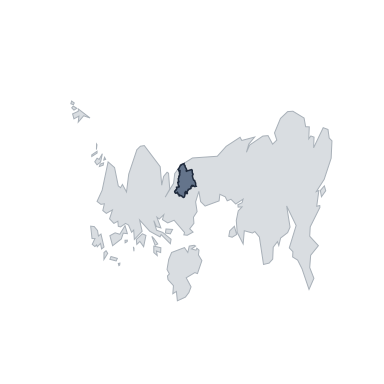 United Kingdom, with Scottish Borders highlighted, rotated 288°
{"feature_id": "GBR-2026", "entity_name": "Scottish Borders", "entity_type": "Unitary District", "adm_level": 1, "iso_a3": "GBR", "parent_name": "United Kingdom", "parent_adm1": "", "projection": "equal_earth", "projection_center": [-2.709, 55.532], "detail": "fine", "context": "in_parent", "style": "filled", "palette": "slate", "viewbox_px": 384, "rotation_deg": 288, "n_neighbors": 0, "source": "natural_earth", "source_scale": "10m", "svg_char_len": 6300}
<svg xmlns="http://www.w3.org/2000/svg" viewBox="0 0 384 384"><g transform="rotate(288 192 192)"><path d="M208.0,286.3L188.9,296.1L182.9,295.5L175.6,290.5L167.9,291.1L171.2,288.6L164.6,286.3L153.1,289.5L148.2,287.3L145.2,282.4L170.0,270.0L173.8,264.0L171.7,262.2L171.3,253.7L158.4,256.7L167.6,247.4L178.7,242.9L188.3,241.8L193.3,244.2L191.9,240.5L194.1,239.6L197.3,242.9L201.0,242.8L194.1,237.3L197.1,231.3L194.5,228.2L197.7,225.1L198.4,219.2L191.9,220.5L182.7,208.8L185.5,203.2L194.8,198.3L183.7,198.5L174.9,202.9L168.5,201.2L162.8,203.5L156.3,201.2L154.2,205.4L149.4,200.9L148.7,197.5L151.2,197.4L159.6,183.7L155.1,178.5L156.6,172.4L161.7,172.2L156.2,169.2L157.2,166.4L148.2,173.5L148.1,168.9L153.0,164.5L144.7,170.1L144.5,176.6L140.6,186.7L136.1,187.4L142.0,175.8L139.4,175.5L141.6,164.0L149.2,150.8L139.2,156.7L129.1,151.8L137.8,148.3L135.0,147.0L140.9,141.9L141.6,138.5L136.7,134.8L136.6,132.5L141.3,130.5L138.0,127.4L141.0,121.9L150.4,121.9L145.2,117.1L146.8,112.9L153.7,112.3L152.1,109.2L153.7,104.6L165.9,106.0L194.7,102.9L191.3,110.8L175.0,120.0L174.0,122.7L177.7,123.5L171.8,129.7L189.5,126.3L215.2,126.5L219.6,128.8L221.4,132.3L206.3,153.9L189.1,161.1L198.1,160.2L203.1,162.2L202.6,163.9L187.9,169.9L178.8,168.1L194.6,171.8L204.2,169.9L213.9,173.1L224.5,181.9L233.8,205.0L246.0,210.4L258.9,220.8L256.4,223.4L263.6,234.6L255.1,231.2L246.6,231.5L254.6,232.4L267.1,242.1L269.1,246.9L262.4,253.9L267.6,256.6L273.7,252.2L289.3,253.4L298.0,258.1L300.0,263.0L297.0,275.7L289.2,279.9L290.2,283.4L278.7,286.6L282.0,287.7L281.9,291.1L271.6,294.0L293.7,296.9L293.5,302.0L285.7,305.8L283.9,309.3L267.1,313.9L244.9,313.8L230.8,310.1L232.6,312.2L217.0,315.0L218.6,317.7L216.9,318.4L195.4,315.2L186.3,317.6L180.0,328.8L168.5,324.4L156.5,327.3L147.6,334.6L135.5,333.4L152.9,320.4L159.9,313.5L161.3,307.8L166.4,306.4L168.9,301.8L192.3,301.4L208.0,286.3ZM129.8,222.6L116.1,222.4L116.2,219.6L108.6,213.0L101.5,220.4L95.4,220.1L90.0,218.2L84.0,211.7L92.6,207.9L89.3,205.2L97.2,203.3L101.2,196.3L104.6,194.6L107.1,195.8L110.6,192.2L120.8,190.7L128.2,191.3L136.8,202.0L133.2,206.7L139.7,206.1L142.0,210.5L141.7,212.1L137.7,209.1L137.9,213.7L140.0,214.0L138.9,216.6L134.1,217.6L129.8,222.6ZM128.9,109.7L126.1,114.1L121.2,116.6L123.9,118.4L112.5,125.3L109.9,123.6L114.8,120.9L110.6,118.8L112.2,117.6L110.1,116.5L111.4,113.3L117.7,114.1L116.8,111.3L128.2,106.2L128.9,109.7ZM129.4,131.5L129.5,136.4L139.3,138.7L132.4,143.4L131.6,139.3L125.5,139.3L116.4,133.1L125.1,127.4L129.4,131.5ZM229.4,54.3L233.6,58.9L235.8,58.3L230.9,72.1L231.0,65.4L223.3,62.2L229.2,61.0L225.1,57.1L229.4,54.3ZM136.5,161.6L125.0,162.9L128.9,157.7L125.1,155.7L129.7,153.7L136.9,157.7L136.5,161.6ZM166.7,239.9L172.5,242.9L165.4,247.6L161.4,244.2L161.2,240.7L166.7,239.9ZM128.7,172.4L129.4,179.6L124.7,180.9L124.9,176.4L120.8,178.6L122.6,174.4L128.7,172.4ZM194.8,91.3L194.3,93.6L200.7,94.9L192.3,95.8L188.5,93.3L190.7,90.2L194.8,91.3ZM150.4,185.1L145.5,184.3L144.8,179.4L148.8,178.7L150.4,185.1ZM238.7,316.0L234.5,318.8L227.5,316.6L233.1,313.6L238.7,316.0ZM132.0,175.5L129.9,173.4L137.4,167.5L135.8,170.4L132.0,175.5ZM107.2,127.0L109.6,128.4L107.6,130.8L100.6,129.1L107.2,127.0ZM105.8,141.5L103.0,141.2L102.6,134.7L105.6,134.9L105.8,141.5ZM236.0,56.6L233.4,54.4L234.9,51.6L237.0,52.5L236.0,56.6ZM201.4,89.1L199.7,89.7L194.8,85.7L196.3,85.2L201.4,89.1ZM192.4,98.9L190.0,99.2L187.6,96.0L190.2,96.1L192.4,98.9ZM241.3,49.4L240.3,52.5L238.4,52.2L238.5,49.5L241.3,49.4ZM207.6,87.0L202.8,88.0L208.1,86.4L207.6,87.0ZM126.2,145.4L124.8,145.7L123.0,144.1L125.4,143.2L126.2,145.4ZM198.0,98.1L196.3,99.8L195.1,98.2L198.0,98.1ZM120.6,154.2L117.7,155.1L121.7,153.2L120.6,154.2ZM102.1,145.4L100.2,145.8L99.4,145.2L101.3,144.0L102.1,145.4Z" fill="#d9dde1" stroke="#a8b0b8" stroke-width="1"/><path d="M216.6,175.7L215.6,176.0L215.4,176.1L215.3,176.3L215.2,176.7L215.2,176.8L215.1,177.0L214.6,177.4L214.1,177.5L213.8,177.8L213.6,177.9L213.5,178.0L213.4,178.1L213.3,178.3L213.2,178.4L212.0,179.7L211.9,179.8L211.6,179.9L211.3,179.9L210.5,179.9L210.2,180.0L210.0,180.3L210.0,180.5L210.5,180.7L210.6,180.8L210.7,181.0L210.8,181.2L211.0,181.3L211.1,181.5L211.2,181.8L211.6,182.5L211.9,182.9L212.2,183.2L212.4,183.5L212.5,183.6L212.5,183.8L212.5,184.0L213.0,184.5L213.2,184.8L213.1,185.0L212.8,185.3L212.6,185.5L212.1,185.8L211.9,185.8L211.2,185.9L211.0,186.1L210.7,186.3L210.1,186.5L209.8,186.8L209.7,186.9L209.7,187.1L209.6,187.3L209.4,187.4L209.0,187.6L208.8,187.6L208.6,187.6L208.4,187.4L208.2,187.4L207.9,187.3L207.4,187.4L207.2,187.5L205.2,188.7L204.1,189.7L203.8,189.9L203.7,190.0L203.7,190.3L203.8,190.5L203.7,190.9L203.7,191.0L203.3,191.2L202.9,191.4L202.4,192.0L202.1,192.3L201.6,192.6L201.1,192.9L200.1,193.2L199.7,193.3L199.4,193.5L198.8,194.1L198.6,193.4L198.1,193.2L198.0,192.9L198.1,191.7L198.5,191.3L198.5,190.9L198.4,190.8L197.8,190.7L197.6,190.6L197.8,190.3L198.3,190.1L198.2,189.8L197.9,189.7L197.2,189.6L196.8,189.4L196.2,189.6L195.6,189.9L195.3,189.7L194.9,189.8L194.6,189.6L194.6,189.3L194.4,188.9L193.5,188.3L193.5,187.9L193.4,187.7L192.8,187.6L192.1,187.8L191.7,187.4L191.1,187.2L190.0,187.6L189.5,188.0L189.1,187.9L188.9,187.8L189.1,187.5L189.1,186.8L189.5,186.4L190.4,185.9L190.4,185.7L190.2,185.7L189.4,185.6L188.8,185.4L188.4,186.0L188.2,186.1L186.8,186.1L186.1,186.3L184.8,186.2L184.1,185.4L184.6,184.3L184.6,184.0L185.2,183.4L185.1,182.7L185.2,182.4L185.2,182.2L184.8,182.0L184.8,181.7L184.3,181.1L184.5,180.9L185.4,180.8L185.6,180.4L185.3,180.1L185.3,179.8L187.2,178.3L187.0,178.1L186.6,178.2L186.3,178.0L186.3,177.6L185.8,176.9L185.8,176.6L186.2,176.4L186.3,175.9L186.6,175.7L187.2,175.4L187.3,175.3L187.7,175.4L187.9,175.5L188.4,176.0L189.3,176.0L189.4,176.4L189.8,176.5L190.7,176.5L191.7,175.8L192.1,176.3L192.1,176.7L192.5,177.5L192.5,177.9L193.0,178.2L193.6,178.0L193.7,177.8L193.6,177.5L194.0,177.1L196.9,175.4L197.0,175.5L197.1,176.2L197.6,176.3L198.1,176.2L198.7,175.5L199.2,175.4L199.5,175.3L200.3,174.8L201.3,175.1L203.0,174.6L203.3,174.7L203.3,175.0L204.3,175.1L204.6,175.0L204.9,174.7L205.3,174.8L205.6,174.4L206.3,174.3L206.6,174.5L206.9,174.2L207.9,174.2L208.2,173.9L208.6,173.9L208.5,173.6L207.7,173.3L208.9,172.4L209.2,172.0L209.3,171.8L209.5,171.9L210.4,172.3L213.9,172.8L214.1,172.8L214.2,173.0L214.2,173.3L214.3,173.5L214.9,173.7L215.3,174.0L216.6,175.7Z" fill="#64748b" stroke="#1e293b" stroke-width="1.5"/></g></svg>